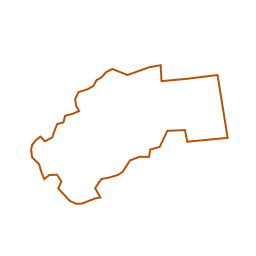 Presidente Lucena, Rio Grande do Sul, Brazil, rotated 345°
{"feature_id": "56859067B94110743139040", "entity_name": "Presidente Lucena", "entity_type": "district", "adm_level": 2, "iso_a3": "BRA", "parent_name": "Brazil", "parent_adm1": "Rio Grande do Sul", "projection": "mercator", "projection_center": [-51.191, -29.525], "detail": "fine", "context": "isolated", "style": "outline", "palette": "amber", "viewbox_px": 256, "rotation_deg": 345, "n_neighbors": 0, "source": "geoboundaries", "source_scale": "gbopen_adm2", "svg_char_len": 790}
<svg xmlns="http://www.w3.org/2000/svg" viewBox="0 0 256 256"><g transform="rotate(345 128 128)"><path d="M221.7,163.3L228.2,100.0L198.1,95.8L172.5,91.4L175.8,75.8L164.5,74.8L141.2,76.7L128.1,66.9L120.9,68.6L115.6,72.2L109.9,73.7L105.5,78.4L98.6,80.2L89.4,80.5L84.3,86.7L83.7,93.5L85.1,99.0L77.6,100.0L70.4,100.0L67.1,105.8L60.6,105.9L56.5,111.4L52.2,117.6L44.2,119.3L41.2,113.6L36.0,115.9L31.2,119.3L28.8,123.8L27.8,131.5L32.7,140.0L33.0,149.0L33.9,155.7L39.9,153.0L47.3,154.8L49.8,162.4L45.0,168.4L52.9,183.3L58.3,187.8L63.8,189.1L70.1,188.4L78.3,187.5L83.3,188.0L80.7,177.6L88.9,170.5L97.3,171.0L106.1,170.7L111.4,169.0L121.5,159.9L131.4,158.8L140.9,161.3L144.0,154.5L153.7,154.5L165.3,140.9L182.5,144.8L181.7,156.6L221.7,163.3Z" fill="none" stroke="#b45309" stroke-width="2"/></g></svg>